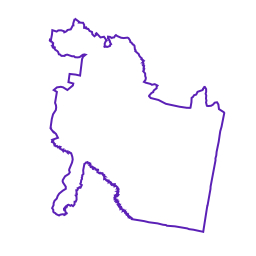 outline of Kisarawe, Pwani, United Republic of Tanzania, rotated 280°
{"feature_id": "72390352B52983476562666", "entity_name": "Kisarawe", "entity_type": "district", "adm_level": 2, "iso_a3": "TZA", "parent_name": "United Republic of Tanzania", "parent_adm1": "Pwani", "projection": "albers", "projection_center": [38.786, -7.182], "detail": "fine", "context": "isolated", "style": "outline", "palette": "violet", "viewbox_px": 256, "rotation_deg": 280, "n_neighbors": 0, "source": "geoboundaries", "source_scale": "gbopen_adm2", "svg_char_len": 5631}
<svg xmlns="http://www.w3.org/2000/svg" viewBox="0 0 256 256"><g transform="rotate(280 128 128)"><path d="M225.4,56.4L221.4,55.9L219.7,56.4L219.6,55.9L215.2,54.5L214.0,51.4L212.7,50.7L211.8,49.6L211.2,48.6L212.2,48.1L212.6,45.2L212.0,42.4L210.6,41.0L211.2,36.5L206.9,36.9L200.9,36.8L200.4,36.6L201.0,35.8L200.5,35.8L200.0,36.5L200.4,36.8L198.6,39.6L198.2,39.6L198.2,39.2L196.8,39.8L196.1,39.2L196.0,39.8L194.9,39.5L194.3,40.0L194.7,41.3L194.0,41.2L194.0,42.0L193.3,41.9L192.4,42.8L191.6,44.8L190.7,46.0L188.6,47.1L188.6,48.2L187.5,49.9L188.0,53.1L188.9,53.5L189.7,55.4L188.9,60.5L189.3,62.3L188.5,63.6L188.8,66.2L189.4,68.0L192.3,70.8L192.9,72.3L192.8,73.5L190.3,71.3L187.9,70.8L171.3,71.7L171.5,67.1L171.1,61.1L162.8,61.4L162.3,66.4L160.3,66.3L154.9,61.7L156.8,57.0L156.9,54.7L155.7,51.0L152.5,48.3L151.2,51.7L140.1,51.8L137.9,53.1L135.8,53.7L133.2,53.8L128.5,51.8L123.7,51.4L114.7,51.7L114.5,52.1L114.1,51.9L113.8,52.2L111.0,55.2L110.8,55.6L111.2,55.7L109.7,58.1L106.2,60.7L103.5,55.9L103.2,56.7L102.6,56.5L102.6,55.9L102.1,55.9L102.0,55.5L101.0,55.5L100.8,57.4L100.2,57.5L99.6,58.7L98.9,58.2L98.0,58.7L98.3,59.2L97.5,60.3L98.0,61.2L96.8,62.3L97.8,63.6L97.6,64.8L96.7,64.4L96.6,64.0L96.0,64.3L96.1,64.8L95.1,66.3L95.4,67.5L95.0,67.3L94.1,68.1L95.1,68.3L94.4,69.1L94.9,70.0L94.1,71.3L94.5,72.5L93.2,72.7L92.9,73.2L93.5,73.2L94.1,74.6L93.6,75.1L93.4,74.6L93.3,76.4L89.9,78.2L87.4,79.0L84.3,78.9L77.1,77.3L76.0,77.4L74.3,78.4L72.4,77.6L69.5,74.4L65.4,72.8L64.1,72.9L63.0,73.5L59.4,76.9L57.3,77.3L54.9,74.6L51.4,71.6L48.7,70.5L46.1,70.1L43.6,68.3L41.1,67.8L39.1,68.1L35.9,67.2L34.5,68.6L32.8,68.9L32.1,69.4L31.5,71.3L30.7,72.2L29.9,75.3L30.9,76.4L31.7,78.5L31.8,79.6L31.2,80.3L32.0,81.4L32.5,81.3L33.0,82.1L33.3,81.6L33.7,82.0L34.1,81.3L35.9,80.4L35.9,79.5L36.6,79.1L37.3,79.0L37.9,80.4L38.5,80.4L38.8,79.7L39.8,80.3L40.2,80.6L39.8,81.4L41.6,81.8L42.1,82.8L41.4,84.8L42.3,85.7L41.5,87.4L43.4,88.6L46.1,88.2L46.4,89.3L48.5,89.8L51.5,89.2L52.6,88.2L53.4,89.2L54.1,89.2L54.7,88.5L55.6,88.6L57.7,87.9L58.0,88.9L59.0,89.2L60.0,88.9L60.2,89.7L61.2,90.3L60.8,90.8L60.9,91.6L63.8,92.4L64.3,91.1L64.9,90.7L66.1,91.1L68.5,91.0L69.9,91.6L71.1,91.1L72.2,91.4L73.5,91.1L75.0,92.1L78.6,91.2L85.1,91.3L85.9,92.4L86.6,92.5L87.4,94.1L86.2,94.9L87.1,96.6L86.5,96.2L86.5,97.0L85.9,97.1L84.9,96.6L84.9,97.6L83.7,97.6L83.1,98.0L83.8,99.4L83.3,100.4L82.7,99.8L81.6,100.5L81.5,100.8L82.8,102.0L82.2,103.2L81.4,103.3L81.1,104.8L81.7,105.2L81.7,105.8L81.4,105.9L80.8,105.2L79.1,105.6L79.1,106.7L78.6,107.2L79.0,108.2L78.4,108.5L79.1,110.2L79.0,110.8L78.1,110.9L77.7,112.5L77.1,112.3L76.3,113.7L76.2,113.0L75.9,113.4L75.4,113.1L73.5,113.4L73.9,114.2L73.7,114.9L72.8,115.5L73.0,117.3L72.7,117.6L72.5,116.6L72.2,116.7L72.0,117.3L72.5,118.1L71.3,118.3L72.1,119.0L71.7,120.1L70.9,120.2L71.0,120.8L70.0,120.8L69.2,121.7L69.7,122.2L69.2,123.0L69.8,123.1L69.5,123.6L70.3,124.1L70.4,124.6L69.8,124.5L69.5,125.1L68.4,125.1L69.0,126.0L67.8,127.9L66.7,127.7L67.1,128.4L66.2,129.3L65.6,128.7L64.6,129.3L63.9,128.3L63.8,129.6L62.6,129.5L62.5,128.6L61.1,128.5L60.6,130.2L60.2,130.0L60.1,129.2L59.6,129.7L59.2,129.4L60.0,128.5L59.9,128.1L59.2,128.5L58.6,128.2L59.3,127.3L59.2,126.8L57.5,127.6L57.1,126.7L56.0,127.0L56.7,127.6L55.5,127.4L55.5,128.6L54.4,128.4L54.9,129.3L53.6,129.3L54.2,130.2L53.1,130.1L53.5,131.1L52.6,131.0L51.8,132.3L50.7,131.2L49.9,132.2L50.3,133.0L49.2,132.6L49.0,132.8L49.6,133.5L49.1,133.7L49.2,134.8L48.9,135.0L48.6,135.2L47.9,134.1L46.9,134.5L48.1,135.5L46.7,136.3L46.7,137.6L45.7,137.5L46.3,138.2L46.1,138.4L45.5,138.0L45.9,139.2L45.3,139.0L45.1,139.7L44.6,139.5L44.0,139.8L44.4,140.8L43.2,141.0L43.4,142.2L42.4,142.1L42.8,143.1L41.1,143.4L41.3,144.4L40.2,144.4L40.6,145.6L39.9,145.7L40.2,146.7L39.7,147.7L38.9,147.6L39.1,160.0L38.8,165.0L39.2,173.6L38.8,179.3L39.0,182.2L38.5,183.3L39.3,191.3L39.4,203.8L39.0,205.7L39.2,210.0L38.8,220.1L65.3,219.6L65.4,219.8L82.4,219.8L84.7,219.5L111.4,219.8L113.2,219.4L116.3,219.7L119.8,219.4L130.2,219.7L140.8,219.4L145.5,219.9L159.5,220.2L160.2,219.6L162.4,214.3L166.9,212.9L168.8,211.2L168.0,209.0L165.7,207.6L164.3,205.9L163.5,203.0L163.6,201.8L166.7,200.4L168.6,200.5L170.5,199.7L173.7,199.4L175.2,198.5L177.1,198.7L179.9,198.2L181.8,196.5L181.7,196.0L180.3,195.6L179.9,195.1L179.0,195.2L178.3,194.8L175.7,190.2L172.8,189.4L171.7,187.3L170.1,186.7L168.7,185.4L164.4,186.0L158.8,186.0L158.6,185.6L158.1,182.3L157.9,175.0L158.4,161.1L160.9,153.1L161.5,145.1L163.0,143.2L163.5,143.2L166.5,145.0L167.7,146.6L168.4,146.5L169.9,147.2L172.1,149.3L173.6,149.0L174.9,149.7L175.8,146.7L174.7,144.0L175.3,142.6L175.7,137.6L176.2,135.7L178.5,136.9L180.4,136.9L182.2,135.9L184.7,135.4L186.6,133.1L187.2,133.5L188.8,133.1L188.7,133.7L189.4,133.7L190.1,133.0L191.3,133.1L192.0,132.2L192.4,132.6L192.7,132.0L192.9,132.3L194.1,132.1L194.6,131.4L195.2,131.5L195.1,131.0L195.8,131.5L196.3,131.2L196.6,131.5L197.6,130.0L197.7,130.5L198.0,129.9L199.1,129.4L199.9,127.9L201.3,126.4L202.5,125.9L205.0,121.8L205.9,122.0L206.5,121.2L210.1,120.1L211.1,118.9L211.1,118.2L212.7,116.6L213.0,115.4L214.6,114.8L216.6,112.9L216.9,111.8L215.8,108.1L215.7,105.5L216.7,101.3L217.4,100.0L216.6,99.3L214.8,98.6L214.3,96.9L213.8,96.4L214.6,94.5L214.5,92.5L212.6,92.8L212.1,94.1L211.1,94.2L210.4,95.1L209.4,95.3L207.6,96.8L206.8,96.0L205.7,96.0L204.3,93.7L204.2,92.7L204.5,92.2L203.8,91.1L204.0,90.6L205.1,90.8L207.1,90.4L209.6,91.0L210.4,91.8L213.7,88.5L212.4,85.2L215.9,80.5L215.2,79.9L214.0,80.3L212.5,79.0L214.1,76.6L216.3,75.9L216.9,73.3L218.7,71.7L218.5,70.9L218.9,69.0L220.4,69.8L219.1,68.0L219.0,67.4L222.0,66.9L223.8,65.5L223.3,61.4L224.0,61.6L226.1,57.4L225.7,57.3L225.4,56.4Z" fill="none" stroke="#5b21b6" stroke-width="2"/></g></svg>